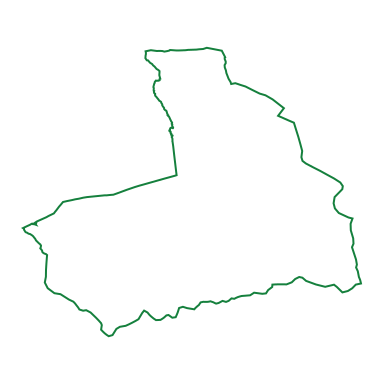 Naidas, Caras-Severin, Romania (Equal Earth projection)
{"feature_id": "2599482B94833013529411", "entity_name": "Naidas", "entity_type": "district", "adm_level": 2, "iso_a3": "ROU", "parent_name": "Romania", "parent_adm1": "Caras-Severin", "projection": "equal_earth", "projection_center": [21.557, 44.883], "detail": "fine", "context": "isolated", "style": "outline", "palette": "green", "viewbox_px": 384, "rotation_deg": 0, "n_neighbors": 0, "source": "geoboundaries", "source_scale": "gbopen_adm2", "svg_char_len": 4934}
<svg xmlns="http://www.w3.org/2000/svg" viewBox="0 0 384 384"><path d="M342.4,292.4L347.9,291.0L352.2,288.3L355.8,284.6L361.0,283.5L360.6,281.8L360.2,280.2L359.6,278.6L358.9,277.0L357.8,271.2L356.1,267.5L356.9,264.6L356.0,259.5L352.0,247.2L353.5,243.7L353.2,238.4L350.8,230.3L350.6,223.8L352.5,218.5L348.5,217.5L338.8,213.0L334.9,208.4L333.6,203.3L334.6,197.1L342.3,189.2L342.8,186.1L340.3,182.5L333.9,178.4L326.9,174.6L320.0,170.8L312.9,167.2L305.9,163.5L302.5,160.9L301.4,157.2L302.2,151.0L300.3,143.9L298.3,136.8L296.1,129.8L293.9,122.7L289.4,120.8L278.1,115.8L283.9,108.2L272.6,99.4L265.5,95.3L259.7,93.6L252.6,90.1L245.5,86.5L240.4,84.9L237.8,84.0L235.3,83.2L231.2,84.0L230.7,82.5L230.5,81.9L229.5,80.3L228.5,78.6L227.8,76.7L226.4,73.1L225.9,70.4L224.8,67.5L224.6,65.1L225.7,63.2L225.7,61.5L224.7,59.0L224.7,57.7L225.2,57.3L221.8,50.7L206.8,47.8L203.1,49.0L198.9,49.3L196.5,49.6L187.9,49.9L185.7,50.2L180.7,50.4L177.5,50.5L175.4,50.4L170.0,50.0L169.5,50.5L167.7,51.0L164.4,51.6L162.2,51.0L159.2,50.9L156.9,51.0L150.9,50.2L145.6,51.3L145.9,52.6L145.9,54.2L145.6,55.5L145.4,58.2L146.8,60.3L148.0,60.4L150.1,62.8L152.2,64.1L153.0,65.3L154.6,66.6L156.6,69.0L157.9,69.7L158.9,70.5L159.5,71.1L159.5,72.3L159.3,75.1L159.7,76.7L160.3,78.8L159.5,79.2L159.4,80.0L159.5,80.3L158.7,80.6L157.9,80.8L157.1,80.6L156.5,80.8L155.9,80.6L154.8,81.9L154.6,83.1L154.3,83.5L153.5,86.5L153.4,87.2L153.8,88.0L153.8,88.4L153.7,89.0L153.7,89.6L153.7,90.0L153.7,90.5L154.2,90.9L153.9,91.6L154.1,92.8L154.3,93.2L155.1,93.7L155.0,94.3L155.2,94.8L155.1,95.3L155.4,95.9L155.6,96.2L156.2,96.7L157.3,98.1L157.9,98.9L158.2,99.1L159.1,100.5L159.5,100.9L159.9,101.1L160.3,101.3L160.6,101.5L160.8,101.7L161.1,102.0L161.4,103.1L161.6,103.4L162.0,103.9L162.2,104.3L162.3,104.6L162.2,105.1L162.3,105.4L162.6,105.9L162.9,106.5L163.5,107.1L164.1,108.0L164.1,108.3L164.1,108.8L164.2,109.1L164.8,109.8L165.5,110.3L166.1,110.6L166.3,110.7L166.4,111.1L166.6,111.6L166.8,112.0L166.9,112.3L166.9,112.8L167.2,113.5L167.6,114.4L167.5,115.0L168.2,115.3L168.2,116.0L168.9,116.5L169.3,117.2L170.4,119.7L170.7,120.2L171.1,121.2L172.1,122.6L172.1,122.8L171.8,123.4L171.7,123.7L171.7,123.9L172.2,124.3L172.3,124.6L172.1,125.5L172.3,126.1L172.3,126.5L172.5,126.9L173.0,127.2L173.1,127.3L173.1,127.6L173.1,127.9L173.0,128.1L172.9,128.2L171.6,127.8L171.1,127.8L170.9,127.8L170.3,128.2L170.2,128.4L170.1,128.7L170.0,129.6L170.0,130.0L169.8,130.2L169.4,130.3L169.3,130.6L169.3,130.8L169.4,131.0L169.7,131.3L170.0,131.6L170.6,131.7L170.7,131.9L170.7,132.5L170.6,132.9L170.6,133.1L170.7,133.3L171.2,133.6L171.2,133.8L171.3,133.9L171.1,134.3L171.1,134.7L171.4,135.1L172.4,135.3L172.5,135.4L172.6,135.6L172.5,135.9L171.8,136.7L171.7,136.8L171.7,137.1L172.1,137.8L172.4,138.6L172.5,139.2L172.4,139.7L172.5,140.4L172.4,141.2L172.5,141.3L173.2,146.2L174.3,156.0L175.1,162.7L176.1,171.2L176.6,175.2L174.7,175.8L164.1,178.7L143.6,184.5L139.6,185.6L135.0,187.0L126.8,189.8L117.6,193.2L113.4,194.7L109.7,195.0L107.0,195.3L105.0,195.3L86.9,197.1L83.2,197.7L78.9,198.7L75.3,199.3L71.9,200.1L66.9,201.1L63.0,202.0L60.7,204.8L59.1,206.6L56.1,210.6L55.3,211.5L53.9,213.4L51.4,214.6L48.5,216.0L46.4,217.2L36.8,221.5L35.5,222.4L36.0,222.4L36.3,222.7L35.8,224.5L36.0,224.8L34.6,224.3L33.8,224.2L32.7,224.1L32.1,223.6L30.6,224.4L30.2,224.7L26.5,226.4L23.0,228.1L24.0,228.8L24.1,229.8L24.9,231.1L25.4,231.9L26.1,232.4L27.1,232.7L28.4,233.6L29.3,233.9L30.2,234.1L31.1,234.7L32.3,235.5L33.2,236.3L34.1,237.5L35.2,238.8L36.0,240.4L36.7,241.1L37.5,241.9L38.8,243.2L40.4,244.5L40.7,245.2L41.0,245.6L40.8,247.0L40.3,248.4L41.3,249.5L42.1,250.6L42.3,251.9L43.1,252.8L43.7,253.1L44.2,253.5L46.0,254.1L47.1,255.1L46.9,257.0L46.4,263.6L46.0,270.2L45.9,276.8L44.8,282.5L47.7,288.2L54.4,293.2L60.5,294.2L69.0,299.6L73.4,301.7L75.1,303.5L76.6,305.5L78.1,307.4L79.4,309.5L83.1,310.7L86.2,310.2L90.6,312.5L93.3,315.1L96.0,317.7L98.6,320.4L101.1,323.2L101.8,325.1L101.1,329.7L102.8,331.5L104.7,333.3L106.6,334.8L108.7,336.2L112.5,335.1L116.4,328.9L119.9,326.8L125.7,325.8L129.0,324.3L132.2,322.7L135.4,321.0L138.5,319.2L142.2,313.0L144.1,310.6L147.5,312.5L148.4,313.6L149.3,314.7L150.3,315.7L151.4,316.7L152.5,317.6L153.6,318.5L154.8,319.3L156.0,320.1L160.5,319.9L162.1,318.9L163.6,317.9L165.0,316.7L166.4,315.4L168.5,315.0L172.3,317.7L175.7,317.2L176.7,314.9L177.6,312.7L178.4,310.3L179.1,308.0L182.9,306.8L187.0,308.1L194.3,309.3L195.3,308.1L196.4,307.1L197.6,306.0L198.8,305.1L200.6,302.4L203.3,301.8L205.1,301.9L206.9,301.9L208.7,301.7L210.5,301.3L211.9,301.8L213.4,302.3L214.7,303.0L216.1,303.6L218.6,303.0L222.5,300.9L226.0,301.9L228.6,300.9L231.5,298.4L234.3,298.8L236.0,297.9L237.8,297.1L239.7,296.5L241.6,296.0L250.1,295.3L254.1,292.7L262.3,293.8L266.0,293.4L268.1,290.1L272.2,287.0L272.4,284.6L275.9,284.4L279.4,284.3L283.0,284.3L286.5,284.4L291.8,282.3L295.2,279.0L299.2,277.0L302.4,277.7L306.1,280.9L316.0,284.5L325.2,286.8L334.0,284.7L336.8,286.9L342.4,292.4Z" fill="none" stroke="#15803d" stroke-width="2"/></svg>